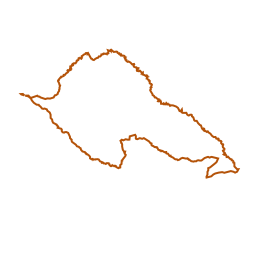 the district of Nova Mutum, Mato Grosso, Brazil, rotated 155°
{"feature_id": "56859067B34604900194854", "entity_name": "Nova Mutum", "entity_type": "district", "adm_level": 2, "iso_a3": "BRA", "parent_name": "Brazil", "parent_adm1": "Mato Grosso", "projection": "orthographic", "projection_center": [-56.149, -13.522], "detail": "fine", "context": "isolated", "style": "outline", "palette": "amber", "viewbox_px": 256, "rotation_deg": 155, "n_neighbors": 0, "source": "geoboundaries", "source_scale": "gbopen_adm2", "svg_char_len": 5828}
<svg xmlns="http://www.w3.org/2000/svg" viewBox="0 0 256 256"><g transform="rotate(155 128 128)"><path d="M134.1,213.6L134.7,213.7L135.4,213.1L137.2,213.2L138.9,212.6L139.5,212.7L139.9,212.0L140.6,211.7L140.8,211.3L140.4,210.9L141.0,210.5L141.5,211.3L142.9,211.6L142.8,212.1L143.3,212.1L144.3,210.6L145.2,210.5L145.5,210.8L146.4,210.4L146.7,209.7L148.2,208.8L149.5,209.5L150.6,209.0L150.5,209.5L151.1,209.5L151.5,209.2L150.9,208.6L151.2,208.1L151.7,208.0L152.0,208.9L153.2,208.1L154.3,208.2L154.5,206.5L154.8,206.2L155.3,206.6L156.3,205.4L155.2,205.2L155.3,204.9L157.8,204.9L157.9,205.3L157.4,205.5L158.2,205.9L158.6,205.7L158.6,204.2L159.0,203.9L161.3,203.6L162.5,202.8L163.8,203.3L164.4,202.3L165.8,202.5L167.1,202.2L167.2,202.6L170.0,201.3L170.5,200.6L171.2,200.7L171.6,200.2L171.5,197.6L171.9,196.0L171.5,195.3L173.1,193.5L173.5,192.3L174.1,192.0L174.8,190.7L176.5,189.7L177.3,188.6L179.3,188.2L180.5,188.5L182.5,187.1L186.2,187.6L188.6,188.9L190.7,189.2L194.5,192.8L194.9,193.8L196.1,194.5L196.5,195.6L203.2,196.3L204.0,197.5L204.5,199.4L207.5,200.8L205.3,199.1L204.6,198.1L203.5,195.7L203.5,193.7L202.7,190.7L201.0,187.8L199.1,186.7L199.1,185.9L198.3,184.5L197.7,182.0L196.6,181.1L195.4,180.9L193.7,179.2L193.8,177.8L192.4,175.1L192.5,172.8L193.9,169.8L193.2,167.8L193.7,165.9L193.6,164.3L191.2,161.2L191.5,160.4L190.9,159.8L190.7,158.5L191.6,157.9L188.8,155.5L188.7,154.4L189.3,153.4L189.1,151.8L187.9,150.8L186.9,150.9L185.6,150.4L184.3,148.9L184.3,144.7L184.8,143.2L184.0,141.2L184.5,140.4L184.6,139.1L182.3,134.9L182.0,133.0L180.5,131.7L180.3,130.7L179.5,129.7L179.8,128.2L179.2,126.0L177.2,124.3L176.8,123.2L177.1,122.9L176.4,122.0L176.6,121.7L175.8,121.1L174.8,119.2L174.6,117.8L175.2,116.5L174.1,114.9L173.2,114.9L173.1,114.1L172.7,114.3L170.9,113.2L170.5,113.3L168.6,112.5L167.8,111.8L167.5,109.7L165.8,107.9L166.2,107.4L165.1,106.9L165.0,106.2L164.0,105.7L163.3,104.8L162.1,105.1L160.4,104.2L160.5,103.5L160.1,102.9L160.4,102.1L159.7,100.7L159.3,100.5L158.1,100.9L158.0,100.4L156.6,99.7L156.6,99.2L156.2,99.0L156.1,99.4L155.3,99.0L155.1,98.6L155.5,98.3L154.3,96.4L153.5,95.6L152.7,95.9L152.1,95.5L151.7,95.5L150.7,97.7L149.1,98.1L147.5,101.0L147.0,100.9L146.9,101.3L142.3,103.7L141.4,104.6L141.8,106.0L141.7,107.2L141.2,107.1L140.6,107.8L141.5,108.2L141.9,110.5L141.1,113.8L140.3,115.4L140.1,116.8L140.5,117.5L140.2,117.9L140.2,119.6L138.6,120.0L137.5,118.8L134.9,118.8L133.0,117.4L131.6,116.9L129.9,119.7L124.4,118.8L124.3,117.3L125.3,115.3L125.2,114.6L124.2,113.9L121.6,113.8L119.7,112.2L117.9,112.1L114.5,106.8L114.3,105.3L113.2,104.0L113.9,102.9L113.6,101.8L112.6,100.8L112.0,99.5L110.6,98.9L110.5,98.3L109.8,98.1L109.7,95.4L108.4,94.4L108.4,93.8L107.5,93.4L107.6,92.9L106.5,92.7L105.1,90.6L103.6,90.1L104.0,89.2L103.9,88.7L102.6,87.8L102.2,85.2L101.1,84.9L101.3,84.1L99.5,81.9L98.9,80.4L98.2,79.5L96.9,78.9L96.4,77.8L94.7,77.6L92.9,78.0L91.2,77.9L88.3,75.7L87.3,75.5L86.6,74.2L86.4,74.5L84.7,71.2L82.7,69.8L81.9,69.8L80.2,69.0L79.0,69.3L77.8,69.0L76.5,68.0L75.1,67.5L71.3,68.4L68.0,68.1L67.5,67.9L66.6,66.7L64.8,66.6L64.2,66.3L59.2,62.3L62.0,59.8L63.3,59.3L70.3,57.6L72.3,57.7L73.0,55.9L74.5,54.7L75.6,52.3L77.5,50.6L77.7,49.9L72.9,49.0L70.3,49.8L68.2,49.9L64.5,49.2L61.3,48.2L59.6,46.7L53.0,45.5L50.8,43.7L49.8,42.3L47.6,42.3L45.3,44.0L46.5,44.5L47.8,48.2L46.4,51.3L47.2,52.2L46.6,52.9L46.6,53.4L47.0,54.5L47.7,54.9L47.4,55.8L48.7,57.1L49.0,58.5L49.6,59.1L49.5,59.6L50.9,60.0L50.5,61.5L50.8,63.3L51.5,62.8L52.0,62.9L52.5,63.7L51.3,64.1L50.8,64.7L51.6,66.5L51.5,67.4L50.0,67.5L49.4,68.3L50.1,70.4L49.7,71.9L48.8,72.5L48.7,73.0L49.7,73.8L50.0,75.1L49.0,76.3L49.2,76.9L51.1,78.5L51.2,79.1L50.5,79.7L50.6,80.2L52.4,81.0L52.5,82.9L54.1,83.5L55.2,85.5L55.7,88.0L57.0,90.1L57.0,91.1L57.4,91.4L58.3,91.2L59.0,92.5L59.6,92.7L60.3,93.6L60.2,94.1L59.3,94.6L59.3,95.1L59.6,95.5L60.4,95.0L60.9,95.2L61.1,96.5L60.8,99.5L61.5,100.2L62.4,102.7L62.7,105.4L64.3,106.2L64.7,107.0L64.3,110.0L65.1,111.5L64.7,112.9L65.0,113.3L66.1,113.8L67.6,113.6L68.0,113.9L68.7,115.2L68.7,117.1L71.9,118.5L72.6,119.3L72.9,120.2L71.8,120.7L71.4,122.0L72.6,121.3L74.1,121.6L74.2,125.1L75.3,127.1L77.7,129.5L79.3,130.3L80.5,130.3L80.5,131.6L81.6,132.3L81.6,132.8L82.1,132.7L82.7,134.4L83.7,133.5L84.2,134.2L84.5,133.9L85.7,134.5L85.6,135.3L86.2,135.2L87.8,136.0L87.0,138.0L87.0,139.1L88.7,139.0L89.5,139.6L87.9,140.9L88.9,141.8L90.0,144.1L90.8,144.4L90.9,146.2L91.8,147.4L91.5,148.3L91.9,151.7L91.9,153.0L90.9,153.5L90.5,155.1L89.5,155.0L89.3,156.1L88.1,157.0L88.2,158.0L89.1,158.7L89.4,159.6L88.7,160.8L89.0,161.6L88.5,161.8L89.0,163.1L89.5,163.5L89.8,164.8L90.1,165.0L89.1,166.1L88.6,166.1L88.9,166.5L88.4,167.0L88.5,167.5L89.1,168.0L89.9,167.6L90.7,169.0L92.1,170.3L91.8,170.7L92.4,171.2L91.3,171.5L91.1,172.0L91.6,171.9L92.2,172.5L92.9,174.8L93.3,175.0L94.1,174.8L95.7,176.0L95.6,176.6L94.8,177.1L93.6,177.3L93.3,177.8L94.9,178.3L94.6,179.1L94.8,179.5L95.6,179.8L96.7,181.0L96.7,182.2L95.5,182.9L95.5,183.5L97.4,184.0L98.1,186.3L99.4,188.1L100.2,188.0L101.1,189.2L100.7,190.1L101.4,190.7L100.9,191.9L101.4,192.0L101.4,192.9L100.6,193.2L101.1,193.6L100.7,193.9L100.8,194.8L101.3,195.4L102.9,196.1L103.0,196.9L103.4,196.5L103.7,196.6L103.6,197.1L104.1,197.4L104.0,198.9L104.2,199.3L104.9,199.1L105.1,199.8L105.7,200.5L105.5,201.4L105.9,202.0L108.8,203.0L110.2,206.1L110.6,206.1L111.0,205.2L111.1,205.6L111.6,205.3L113.3,206.9L113.4,205.5L114.3,204.7L114.2,204.1L115.0,203.9L115.6,204.3L115.9,204.0L116.1,204.6L116.9,204.6L117.7,205.3L118.9,205.3L119.0,205.8L120.4,205.5L121.0,205.9L121.6,205.1L123.0,204.6L124.2,205.2L125.6,204.3L126.5,204.6L128.3,204.5L130.2,204.0L131.3,205.0L131.4,205.9L132.1,206.5L132.5,212.6L133.5,212.2L133.3,213.0L133.7,213.0L134.1,213.6ZM154.8,206.2L154.3,206.1L154.4,205.6L154.8,205.6L154.8,206.2ZM210.7,204.0L210.5,203.5L208.1,201.3L208.9,203.3L210.7,204.0Z" fill="none" stroke="#b45309" stroke-width="2"/></g></svg>